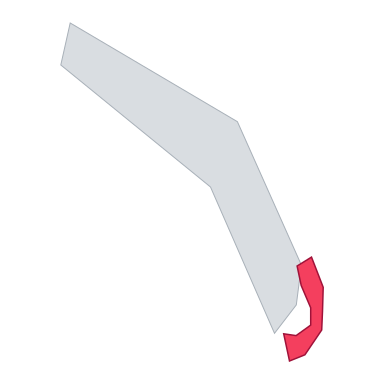 Bermuda, with Southampton highlighted, rotated 270°
{"feature_id": "BMU-5143", "entity_name": "Southampton", "entity_type": "state/province", "adm_level": 1, "iso_a3": "BMU", "parent_name": "Bermuda", "parent_adm1": "", "projection": "albers", "projection_center": [-64.851, 32.259], "detail": "fine", "context": "in_parent", "style": "filled", "palette": "rose", "viewbox_px": 384, "rotation_deg": 270, "n_neighbors": 0, "source": "natural_earth", "source_scale": "10m", "svg_char_len": 470}
<svg xmlns="http://www.w3.org/2000/svg" viewBox="0 0 384 384"><g transform="rotate(270 192 192)"><path d="M262.3,237.4L118.9,301.4L79.1,296.3L50.7,274.5L197.0,210.5L319.0,60.8L361.0,70.2L262.3,237.4Z" fill="#d9dde1" stroke="#a8b0b8" stroke-width="1"/><path d="M50.2,283.7L48.4,296.1L58.9,310.7L76.2,310.7L98.5,301.2L118.0,297.1L126.9,311.5L96.7,323.2L72.5,322.5L54.0,321.7L29.2,304.9L23.0,289.5L50.2,283.7Z" fill="#f43f5e" stroke="#9f1239" stroke-width="1.5"/></g></svg>